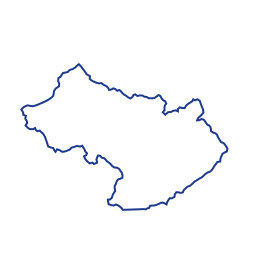 the district of Taperoá, Bahia, Brazil, rotated 224°
{"feature_id": "56859067B18364917400541", "entity_name": "Taperoá", "entity_type": "district", "adm_level": 2, "iso_a3": "BRA", "parent_name": "Brazil", "parent_adm1": "Bahia", "projection": "mercator", "projection_center": [-39.219, -13.583], "detail": "fine", "context": "isolated", "style": "outline", "palette": "blue", "viewbox_px": 256, "rotation_deg": 224, "n_neighbors": 0, "source": "geoboundaries", "source_scale": "gbopen_adm2", "svg_char_len": 3175}
<svg xmlns="http://www.w3.org/2000/svg" viewBox="0 0 256 256"><g transform="rotate(224 128 128)"><path d="M217.6,67.2L214.1,66.3L212.6,64.8L209.9,65.8L208.3,63.3L205.8,62.8L204.1,61.6L203.4,58.6L200.7,58.6L198.5,58.7L196.6,60.1L195.3,61.5L194.9,63.4L193.0,62.6L191.0,62.7L189.7,64.8L187.9,64.7L185.5,65.0L183.3,64.4L181.3,63.9L179.0,62.6L177.1,61.7L175.2,60.7L172.6,59.3L170.2,60.3L167.8,61.6L165.7,60.8L163.6,60.5L164.2,63.4L161.6,64.6L159.0,65.0L157.2,67.1L156.1,69.3L154.9,71.8L154.9,74.7L153.6,77.0L152.3,79.6L149.7,81.2L148.5,83.5L146.4,82.8L144.7,82.5L142.3,81.4L139.9,81.3L139.2,79.4L139.9,77.0L137.6,76.1L134.4,75.7L131.0,75.9L129.5,78.4L127.5,78.4L126.2,81.6L128.8,83.5L129.8,85.6L130.5,87.4L128.6,88.7L126.0,88.5L124.2,89.7L122.3,89.7L120.2,89.4L117.5,89.9L115.4,90.0L113.6,89.7L110.6,90.0L108.0,92.0L105.8,92.4L103.5,91.9L101.3,91.5L99.0,90.1L97.5,88.3L98.4,85.9L99.4,84.1L99.1,81.8L97.9,79.4L97.2,76.8L95.3,75.1L93.4,73.8L93.1,71.5L92.5,69.2L91.2,66.9L91.2,64.2L92.7,62.5L91.3,61.2L89.0,59.8L86.5,60.8L84.5,62.3L83.4,64.7L80.8,65.6L78.3,65.9L74.8,65.6L60.4,80.5L58.8,81.8L58.3,83.5L57.3,85.3L58.1,87.3L56.8,89.0L55.4,90.3L54.1,92.6L53.0,95.0L52.5,96.8L51.2,98.5L49.2,99.3L47.2,99.8L48.3,101.8L48.8,104.1L49.2,106.4L47.7,107.8L46.7,110.6L48.3,113.0L48.6,115.4L47.1,116.7L45.2,117.8L43.8,119.6L44.7,122.0L44.7,124.4L44.5,127.0L43.3,129.3L43.1,131.4L42.9,133.5L42.9,135.8L42.2,137.9L41.6,141.1L40.7,143.5L40.5,145.8L40.4,148.5L39.9,151.1L38.8,153.1L38.5,155.3L38.8,158.2L39.4,160.0L39.6,162.4L40.1,165.5L38.4,168.0L40.0,169.8L41.2,172.6L42.1,175.1L41.4,177.9L40.6,179.9L42.2,182.2L45.0,183.0L47.2,183.5L49.1,183.5L51.2,182.5L53.7,183.1L55.5,183.5L57.5,184.1L59.3,185.0L61.1,185.0L63.5,183.9L66.4,183.4L67.7,184.9L69.3,185.9L71.4,186.2L73.2,185.5L75.4,185.9L77.8,186.5L79.7,186.5L81.4,185.4L82.1,183.1L83.6,181.5L84.5,184.1L84.2,187.6L84.4,191.4L86.9,193.5L90.0,194.8L92.9,196.2L95.2,197.4L98.0,196.9L99.0,194.5L101.0,193.9L100.3,191.8L100.8,190.0L101.5,187.3L101.8,184.8L101.1,181.6L102.9,180.0L105.1,178.8L105.2,176.0L103.7,174.7L105.9,173.9L107.5,171.6L108.2,169.4L110.2,167.1L110.4,163.5L113.9,163.5L114.1,166.3L115.7,167.8L117.0,169.4L117.5,172.2L120.1,173.1L121.9,172.4L124.1,172.6L127.1,173.5L128.9,172.9L129.3,170.3L129.8,168.1L131.1,166.3L133.6,163.9L136.1,163.3L138.1,161.8L140.0,161.5L141.9,159.9L143.6,157.5L146.2,157.2L147.0,155.5L146.4,153.4L146.7,151.0L149.3,150.1L151.6,149.9L154.1,149.3L156.7,149.2L158.6,149.5L160.6,149.3L161.6,147.3L164.1,147.2L166.1,146.3L166.6,144.4L168.0,142.2L169.9,143.0L172.5,143.1L175.6,142.1L178.4,141.8L179.7,140.0L182.0,138.7L184.1,137.9L186.0,137.2L187.9,136.8L189.8,136.8L191.3,138.9L193.1,138.4L195.1,137.9L197.8,138.6L200.3,139.0L202.9,139.4L204.7,139.7L207.7,139.7L208.0,137.5L208.0,134.9L208.7,132.0L209.7,130.4L210.3,128.7L210.2,126.6L211.3,124.7L213.0,122.5L212.6,120.1L212.1,118.0L212.8,115.7L210.8,113.2L208.2,112.1L206.6,110.1L207.0,108.2L207.4,106.1L207.0,103.5L205.6,101.4L204.2,99.4L204.1,97.5L204.6,94.3L205.2,92.0L206.0,89.7L206.8,87.7L207.5,85.8L208.3,84.1L209.3,81.7L210.5,79.3L211.9,77.2L213.8,75.9L215.9,74.6L216.9,72.5L217.6,70.2L217.6,67.2Z" fill="none" stroke="#1e3a8a" stroke-width="2"/></g></svg>